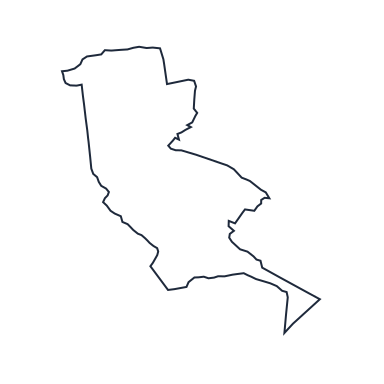 Bom Jardim, Pernambuco, Brazil (Equal Earth projection), rotated 81°
{"feature_id": "56859067B47522840636001", "entity_name": "Bom Jardim", "entity_type": "district", "adm_level": 2, "iso_a3": "BRA", "parent_name": "Brazil", "parent_adm1": "Pernambuco", "projection": "equal_earth", "projection_center": [-35.571, -7.77], "detail": "fine", "context": "isolated", "style": "outline", "palette": "slate", "viewbox_px": 384, "rotation_deg": 81, "n_neighbors": 0, "source": "geoboundaries", "source_scale": "gbopen_adm2", "svg_char_len": 1907}
<svg xmlns="http://www.w3.org/2000/svg" viewBox="0 0 384 384"><g transform="rotate(81 192 192)"><path d="M345.7,122.8L342.2,118.4L337.8,112.8L317.9,82.5L310.4,92.3L289.8,119.0L281.5,129.6L277.7,134.5L270.6,135.1L268.8,138.9L265.2,141.3L259.6,146.5L256.1,153.5L247.4,160.4L242.9,162.4L239.3,161.2L236.9,156.7L231.5,161.2L226.3,160.2L229.7,154.4L220.3,145.3L217.5,142.4L220.3,133.4L216.4,129.6L214.2,125.5L210.7,124.9L209.1,121.2L210.3,116.6L203.9,119.2L200.6,123.5L190.2,133.1L188.2,136.2L185.6,140.7L176.1,147.1L171.2,153.1L168.8,157.7L155.9,182.0L149.2,196.0L148.2,201.6L145.9,206.1L142.5,208.2L138.3,202.9L135.8,200.2L138.2,196.7L132.4,197.3L131.5,193.1L129.6,188.7L127.7,183.0L125.2,186.2L123.3,180.9L117.3,176.7L114.7,174.5L109.9,177.2L100.7,175.2L92.4,173.2L88.4,171.5L82.5,172.5L80.5,178.1L81.5,199.8L61.0,199.5L56.4,199.5L45.1,201.1L43.2,208.2L42.7,214.3L40.3,221.5L40.4,227.4L41.1,233.4L40.4,240.7L39.7,249.5L38.3,255.9L41.9,260.1L41.9,265.4L41.7,274.5L43.9,279.4L48.3,282.3L51.7,288.6L52.7,296.0L52.4,301.5L56.4,300.8L60.5,300.9L64.6,299.8L67.6,295.7L68.9,289.3L68.7,284.2L80.0,284.7L88.1,284.9L102.7,285.5L114.9,285.8L122.6,286.2L126.0,286.3L141.3,287.1L153.2,287.8L158.7,286.7L162.5,283.4L167.4,282.5L171.7,280.7L175.2,276.3L179.0,274.1L182.2,275.9L184.5,279.0L188.1,281.4L192.1,278.3L197.8,275.4L201.2,271.7L204.8,266.1L210.7,265.4L213.7,260.6L217.2,258.1L220.3,256.0L224.7,252.0L226.7,248.6L230.4,245.5L233.0,243.6L235.7,241.8L239.3,238.5L242.0,235.2L245.5,234.7L248.9,236.2L252.3,238.9L255.8,241.7L258.8,244.7L267.8,240.0L285.0,231.0L285.2,224.5L284.9,212.3L280.5,209.5L276.8,203.0L277.3,198.9L277.5,193.6L279.8,189.2L280.0,183.6L279.3,179.4L280.4,173.0L280.0,164.9L280.1,160.2L280.3,153.6L282.9,150.0L284.9,146.8L288.0,142.4L291.6,134.8L294.4,129.0L298.2,123.0L303.7,118.4L305.6,114.2L311.0,113.9L327.8,118.3L336.6,120.5L345.7,122.8Z" fill="none" stroke="#1e293b" stroke-width="2"/></g></svg>